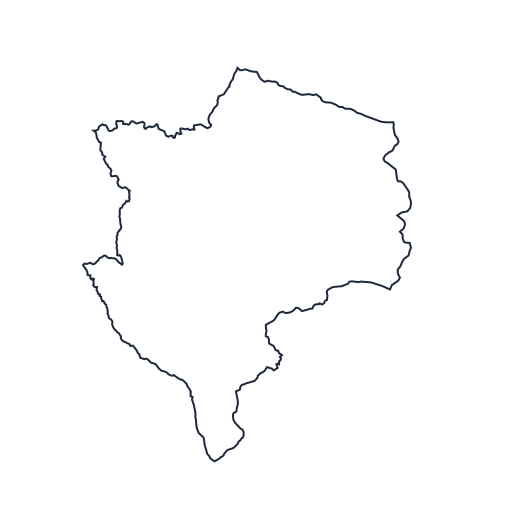 the district of Bolahla, Leribe, Lesotho, rotated 344°
{"feature_id": "5366337B26434863829569", "entity_name": "Bolahla", "entity_type": "district", "adm_level": 2, "iso_a3": "LSO", "parent_name": "Lesotho", "parent_adm1": "Leribe", "projection": "orthographic", "projection_center": [28.277, -29.044], "detail": "fine", "context": "isolated", "style": "outline", "palette": "slate", "viewbox_px": 512, "rotation_deg": 344, "n_neighbors": 0, "source": "geoboundaries", "source_scale": "gbopen_adm2", "svg_char_len": 6042}
<svg xmlns="http://www.w3.org/2000/svg" viewBox="0 0 512 512"><g transform="rotate(344 256 256)"><path d="M194.3,400.1L195.5,397.1L197.8,393.3L198.5,390.7L199.4,380.6L203.7,380.0L205.0,377.3L206.5,376.2L212.1,375.7L220.1,375.7L223.7,373.7L224.5,371.9L227.9,369.9L230.8,369.5L232.8,368.6L235.9,365.9L240.2,368.6L241.5,370.9L246.0,369.5L245.7,367.1L245.8,365.6L247.1,365.5L248.3,366.5L249.4,363.3L250.7,363.0L251.8,361.4L251.1,359.7L253.6,358.5L253.0,357.4L251.9,356.6L251.3,355.2L251.2,353.2L250.0,352.8L248.8,351.4L248.6,349.3L248.0,347.2L244.7,344.1L244.7,342.8L245.4,339.5L245.3,338.3L245.0,337.0L243.9,336.5L243.3,335.7L244.2,333.1L245.4,331.2L245.7,328.1L246.5,324.8L254.5,323.1L256.3,322.2L260.8,318.1L263.1,317.0L266.6,316.9L268.1,318.6L269.9,319.3L272.9,319.6L276.4,319.0L280.3,316.7L282.8,318.1L285.1,321.7L294.0,321.7L295.7,322.1L297.3,320.0L298.8,319.1L301.1,319.1L303.4,319.7L304.1,319.0L306.2,320.9L308.6,320.0L309.2,319.0L310.5,317.9L312.0,317.9L313.8,313.6L314.1,310.0L315.6,308.3L320.1,307.2L322.4,307.2L330.7,308.8L332.8,308.3L336.7,308.1L338.8,306.4L341.4,306.9L347.3,309.3L349.8,309.5L359.3,313.1L368.5,319.2L375.6,325.1L378.6,321.4L386.0,318.9L388.4,316.4L387.7,313.2L387.7,310.6L388.7,308.0L391.9,305.7L395.8,300.9L398.3,299.2L402.8,297.6L405.2,293.3L407.2,290.9L407.3,285.7L403.7,284.5L402.2,283.3L401.8,279.7L402.8,275.7L401.0,272.3L405.2,270.4L406.6,268.8L408.1,266.4L408.0,263.3L403.0,255.9L408.1,254.3L413.8,254.8L417.5,252.3L419.6,248.0L419.9,245.0L419.6,241.0L420.7,237.9L420.7,236.4L420.1,234.0L417.5,226.4L415.7,224.1L413.1,223.4L412.8,220.7L414.2,211.4L408.3,203.2L405.8,200.5L405.3,197.7L407.1,195.6L408.9,194.4L412.7,192.9L415.1,192.7L416.8,191.7L420.0,188.2L422.8,187.4L424.5,185.5L424.6,182.7L423.0,178.2L423.0,175.5L423.6,170.1L424.7,167.7L424.8,165.3L418.0,163.4L413.3,161.4L399.4,151.3L396.2,148.3L392.5,146.1L390.7,143.5L387.4,140.6L382.0,138.8L380.2,136.6L377.4,135.9L374.4,132.5L371.4,130.1L370.1,129.2L364.9,127.3L362.7,125.5L361.8,123.5L361.9,121.7L358.3,117.1L355.3,117.1L351.5,115.0L344.7,113.8L342.3,112.2L338.5,108.8L336.8,108.4L335.3,105.7L331.9,104.1L330.2,102.4L329.2,100.6L326.4,99.3L324.9,98.1L324.3,95.6L323.4,94.3L321.9,93.4L319.9,93.0L315.7,90.8L312.3,90.9L310.3,88.7L308.8,85.8L307.6,79.4L302.3,77.2L297.3,73.7L293.7,73.5L291.9,73.0L290.0,70.0L288.6,72.2L285.2,75.1L282.5,79.6L280.5,81.1L277.4,84.4L277.4,85.7L275.7,86.5L269.6,91.7L263.9,92.3L262.9,94.6L261.8,95.7L261.6,97.9L260.2,100.3L256.5,102.3L255.1,103.7L254.4,104.8L250.4,107.7L248.1,110.8L247.7,114.3L248.1,116.0L249.0,117.6L248.1,118.9L245.9,119.7L243.9,119.5L243.0,118.1L242.2,117.6L239.7,114.6L238.7,114.1L232.4,113.4L231.8,114.5L231.8,117.4L231.2,117.6L229.7,116.6L228.5,116.8L226.5,116.3L225.5,114.8L223.2,114.8L219.7,112.9L218.5,112.7L217.8,114.5L217.9,117.8L216.1,117.9L215.5,116.8L213.6,115.7L212.7,117.0L211.2,118.2L210.8,119.7L209.7,119.9L208.8,118.9L208.8,117.5L208.4,117.1L207.0,116.9L204.6,117.2L202.7,115.5L202.2,110.8L197.5,107.0L197.6,102.5L196.9,101.9L196.4,101.9L194.7,103.2L193.2,103.4L190.8,103.3L190.3,102.3L189.7,102.2L186.5,102.5L184.9,103.4L184.5,103.0L183.9,101.6L184.0,101.0L185.3,98.5L185.3,97.4L184.2,95.8L177.5,95.7L174.6,92.4L173.1,92.3L170.5,94.6L169.5,94.5L168.3,93.7L164.7,92.5L164.7,91.8L165.3,91.1L165.4,90.4L164.1,89.1L162.0,88.9L159.7,87.8L159.1,88.0L158.2,89.9L158.0,90.9L158.2,91.7L158.0,93.4L157.2,94.7L154.7,94.6L152.6,95.7L150.5,95.8L149.0,94.9L147.9,89.3L147.0,88.5L145.8,88.3L144.8,87.2L144.1,87.1L140.6,88.5L139.6,90.3L138.6,91.1L136.4,91.3L134.5,90.8L135.6,92.3L136.2,93.7L135.6,98.5L136.8,103.4L138.2,104.3L135.6,111.0L135.9,112.6L136.7,113.9L136.1,116.1L138.4,119.1L136.4,120.6L137.1,124.7L137.9,126.7L138.5,127.5L138.3,128.1L138.7,129.7L140.0,131.7L140.5,133.7L140.4,134.4L138.9,136.4L138.8,139.1L139.3,139.7L143.4,140.3L143.9,140.6L144.6,141.6L145.0,144.9L143.5,146.1L143.2,146.8L143.0,148.3L143.3,150.9L144.1,151.4L144.8,152.7L146.7,154.0L148.6,153.8L149.8,154.3L151.1,156.5L152.6,158.5L151.8,158.7L151.1,162.9L150.1,164.5L150.5,165.7L149.1,168.3L147.7,168.3L146.7,167.2L144.7,169.3L142.3,170.1L140.6,172.5L138.7,172.7L137.6,174.5L136.3,179.2L135.6,180.1L135.6,182.1L134.5,188.1L134.5,190.7L133.9,192.2L129.2,195.6L128.6,197.9L127.5,198.7L126.9,201.8L125.5,204.0L125.2,207.7L124.2,209.8L124.2,212.4L122.8,217.0L124.2,217.7L125.2,217.5L126.1,219.3L125.9,226.2L124.8,227.4L122.1,223.9L121.4,222.0L120.0,219.7L116.0,217.9L114.3,217.7L112.6,216.2L112.0,214.8L110.3,213.7L106.9,214.8L105.2,214.8L102.5,217.2L101.2,217.5L100.2,218.4L98.1,219.1L96.8,218.9L94.8,216.8L91.1,217.0L89.0,216.0L87.2,217.1L89.5,224.1L88.9,228.0L91.5,229.0L90.6,231.7L91.4,233.2L91.9,233.4L92.4,232.7L93.0,232.7L93.8,233.4L92.8,235.1L92.4,238.0L91.4,238.9L92.2,241.2L94.6,242.0L93.3,244.8L93.8,245.9L93.8,248.5L93.9,249.0L95.4,249.9L94.6,251.1L95.9,252.4L95.5,253.8L95.8,257.0L96.8,257.1L97.1,257.6L97.6,260.4L98.5,261.4L98.3,264.1L98.6,265.7L98.0,269.2L97.4,270.4L97.7,272.3L97.6,275.3L98.9,276.8L99.8,278.7L99.8,280.0L98.9,281.6L99.0,284.8L99.9,287.8L100.9,289.0L101.5,290.9L103.1,292.7L103.5,295.0L104.1,295.8L103.5,297.4L103.5,298.7L104.0,300.0L104.9,301.3L110.0,305.8L110.3,306.4L110.3,307.7L113.0,308.3L115.6,314.6L115.5,316.0L116.0,317.2L116.7,318.1L116.7,321.8L119.4,323.9L120.5,324.3L121.8,324.3L123.0,325.1L124.8,327.7L125.3,329.3L128.8,331.6L129.9,332.7L131.4,336.9L133.4,340.2L136.7,342.0L138.5,343.9L139.4,345.7L141.4,347.4L142.9,348.1L144.1,347.8L148.2,352.9L151.5,355.3L153.9,359.4L154.3,362.8L155.2,365.0L156.0,368.6L155.2,369.8L155.2,371.0L154.5,372.7L156.2,374.1L154.9,376.5L155.2,381.8L154.6,389.5L153.2,394.7L153.2,396.2L151.6,404.8L152.2,410.6L154.9,414.8L155.6,416.7L154.6,423.4L154.6,433.0L156.0,435.4L156.0,437.1L157.7,439.9L159.6,442.0L165.1,440.6L166.6,439.6L167.9,439.6L170.0,438.6L171.0,437.2L175.0,434.6L179.5,434.5L182.0,434.1L186.8,431.4L188.3,429.4L190.1,428.9L191.3,427.7L193.1,427.0L194.2,425.8L195.1,423.7L195.6,421.8L195.2,419.4L193.6,417.7L190.1,410.9L189.2,407.5L189.5,404.4L190.2,402.1L191.4,400.7L194.3,400.1Z" fill="none" stroke="#1e293b" stroke-width="2"/></g></svg>